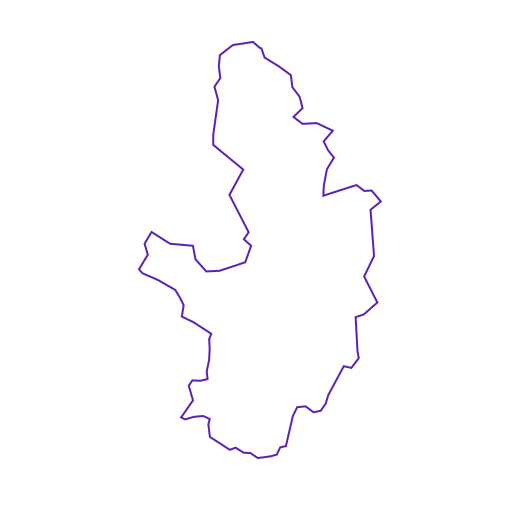 outline of Mirditë, Lezhë, Albania, rotated 304°
{"feature_id": "67620474B99888539945274", "entity_name": "Mirditë", "entity_type": "district", "adm_level": 2, "iso_a3": "ALB", "parent_name": "Albania", "parent_adm1": "Lezhë", "projection": "orthographic", "projection_center": [19.989, 41.852], "detail": "fine", "context": "isolated", "style": "outline", "palette": "violet", "viewbox_px": 512, "rotation_deg": 304, "n_neighbors": 0, "source": "geoboundaries", "source_scale": "gbopen_adm2", "svg_char_len": 1592}
<svg xmlns="http://www.w3.org/2000/svg" viewBox="0 0 512 512"><g transform="rotate(304 256 256)"><path d="M332.7,152.7L324.2,158.4L322.9,172.0L320.5,197.1L291.8,199.8L271.6,236.6L268.5,236.6L265.7,236.6L263.1,236.6L262.7,239.5L262.4,241.4L261.8,246.2L244.8,250.6L223.3,234.0L215.4,223.4L219.4,207.7L229.2,198.0L218.1,177.9L217.5,156.0L213.8,156.2L209.9,156.4L203.8,156.8L200.7,160.6L198.2,163.6L196.6,165.6L192.8,165.8L179.6,166.4L178.2,171.6L181.3,188.3L182.7,208.1L179.0,216.1L174.8,223.5L164.3,228.4L166.1,240.8L166.5,262.4L161.0,263.6L152.7,269.8L143.5,275.3L132.9,279.6L126.9,284.6L121.4,279.6L117.3,272.8L110.8,272.8L101.1,284.5L80.3,284.2L80.9,288.6L88.0,294.5L93.8,301.7L95.0,308.8L89.7,310.7L80.2,319.0L80.7,342.7L85.7,346.3L86.0,355.8L89.5,361.3L89.5,370.4L93.3,374.8L98.3,380.3L103.0,384.3L111.0,383.1L115.1,387.1L144.0,376.0L153.7,374.7L159.1,381.2L158.6,391.0L163.9,396.2L172.7,396.3L181.0,393.7L213.7,390.4L216.6,397.6L228.8,398.3L234.2,393.1L261.0,372.8L267.8,378.0L285.3,382.6L299.5,357.1L321.9,353.9L358.4,325.1L371.0,329.0L374.9,315.2L370.5,309.4L371.0,299.6L343.7,278.1L352.4,272.8L367.5,266.3L381.1,265.6L384.0,256.5L388.9,248.0L402.8,249.6L400.1,232.0L391.6,220.7L392.2,209.3L398.9,210.7L404.6,211.9L407.1,209.1L409.9,206.0L412.4,203.1L416.3,191.7L425.4,183.8L426.0,168.9L425.3,152.2L430.3,145.5L431.1,144.3L430.7,142.4L431.8,133.8L429.2,131.0L425.0,126.5L418.0,118.9L413.3,117.3L407.6,115.5L402.4,113.7L397.1,116.6L392.6,119.0L383.6,126.9L373.1,126.9L364.0,137.5L358.2,140.3L348.1,145.2L341.7,148.3L332.7,152.7Z" fill="none" stroke="#5b21b6" stroke-width="2"/></g></svg>